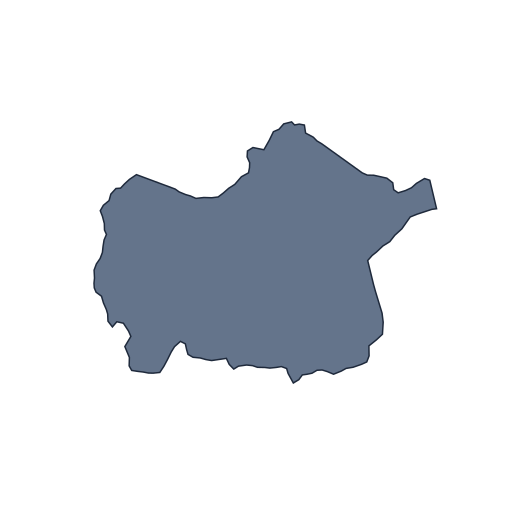 Porto Ferreira, São Paulo, Brazil, rotated 218°
{"feature_id": "56859067B95997326511453", "entity_name": "Porto Ferreira", "entity_type": "district", "adm_level": 2, "iso_a3": "BRA", "parent_name": "Brazil", "parent_adm1": "São Paulo", "projection": "equal_earth", "projection_center": [-47.446, -21.845], "detail": "fine", "context": "isolated", "style": "filled", "palette": "slate", "viewbox_px": 512, "rotation_deg": 218, "n_neighbors": 0, "source": "geoboundaries", "source_scale": "gbopen_adm2", "svg_char_len": 1929}
<svg xmlns="http://www.w3.org/2000/svg" viewBox="0 0 512 512"><g transform="rotate(218 256 256)"><path d="M165.7,422.7L170.9,420.8L174.3,412.0L175.5,405.5L178.5,399.6L182.9,393.3L188.3,393.0L193.3,397.9L200.8,397.9L208.0,394.5L213.0,392.1L218.0,388.3L223.5,386.9L273.3,384.9L278.7,384.2L284.0,384.9L292.6,383.4L298.5,389.0L303.1,386.6L306.3,383.0L310.5,383.6L315.5,377.2L315.9,370.0L318.8,364.7L316.8,355.4L315.2,344.6L325.2,339.6L327.4,333.5L324.0,328.6L318.4,325.6L315.5,321.6L313.1,316.9L316.3,309.5L316.8,299.4L319.2,292.6L320.5,285.6L322.2,279.2L326.8,274.6L333.1,270.0L338.8,264.4L344.8,262.9L349.2,261.1L356.0,259.2L360.9,259.0L400.3,246.5L402.9,238.5L404.0,231.8L404.5,226.1L407.9,223.0L408.5,215.4L405.9,209.2L407.5,202.0L406.6,195.8L401.4,192.7L395.5,188.2L391.4,183.2L387.1,180.9L385.6,175.1L382.5,169.5L379.2,164.2L377.3,158.1L376.9,151.5L374.9,145.2L369.7,139.2L366.9,134.8L363.8,131.3L359.7,129.0L353.0,129.2L347.3,125.1L341.0,121.7L337.2,119.0L332.5,113.5L325.5,111.7L325.2,118.5L319.1,121.4L310.3,118.4L305.1,115.6L303.6,103.9L293.3,98.1L288.3,91.3L283.5,89.3L278.1,92.3L273.5,95.1L268.8,97.5L265.0,100.3L260.1,105.0L260.7,112.4L262.0,119.9L263.7,128.1L264.4,134.4L263.0,142.2L257.6,143.3L252.9,139.4L249.0,136.6L243.3,137.4L237.2,141.3L231.8,143.5L226.6,146.3L216.3,157.1L210.4,154.1L203.9,153.2L202.0,158.4L196.3,164.3L191.2,167.5L186.3,169.2L180.4,173.6L176.1,176.2L171.5,180.6L167.9,184.5L162.6,186.2L158.4,183.2L148.4,178.9L146.1,184.9L146.3,190.8L143.2,194.0L139.7,198.1L137.6,203.5L133.7,206.9L128.4,208.9L122.1,210.6L118.0,217.7L115.8,222.9L111.0,228.1L106.1,235.7L103.5,240.7L105.4,246.9L111.7,254.7L109.5,264.0L108.2,272.2L115.0,282.1L121.5,288.6L131.9,295.9L139.6,301.3L145.7,305.8L165.2,321.2L164.8,327.9L163.5,333.3L162.2,342.0L159.4,349.7L159.4,357.7L157.8,367.2L158.2,375.2L158.5,381.7L155.0,387.8L146.1,401.1L142.8,404.4L165.7,422.7Z" fill="#64748b" stroke="#1e293b" stroke-width="1.5"/></g></svg>